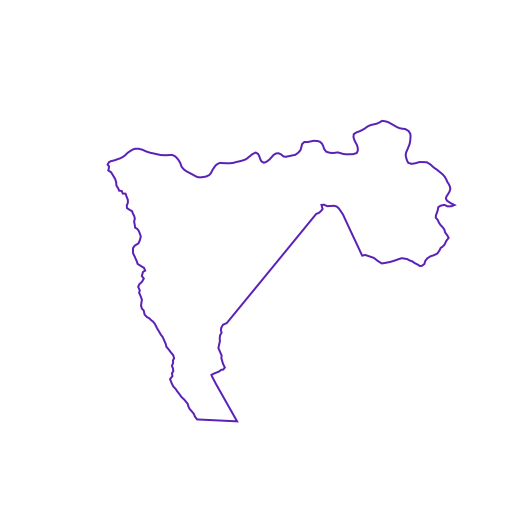 the district of Várzea Grande, Mato Grosso, Brazil, rotated 292°
{"feature_id": "56859067B85246185509081", "entity_name": "Várzea Grande", "entity_type": "district", "adm_level": 2, "iso_a3": "BRA", "parent_name": "Brazil", "parent_adm1": "Mato Grosso", "projection": "robinson", "projection_center": [-56.271, -15.559], "detail": "fine", "context": "isolated", "style": "outline", "palette": "violet", "viewbox_px": 512, "rotation_deg": 292, "n_neighbors": 0, "source": "geoboundaries", "source_scale": "gbopen_adm2", "svg_char_len": 4241}
<svg xmlns="http://www.w3.org/2000/svg" viewBox="0 0 512 512"><g transform="rotate(292 256 256)"><path d="M233.4,139.8L230.9,141.9L227.1,142.4L223.7,142.3L220.2,139.7L217.3,139.0L215.3,139.7L212.2,141.2L209.9,143.9L207.9,145.9L206.2,147.7L204.3,149.2L203.6,153.2L203.0,156.7L200.9,158.7L199.0,157.2L197.0,157.4L194.7,157.6L193.1,160.4L189.6,160.0L186.0,158.4L183.3,158.3L180.6,161.1L178.1,161.4L175.4,164.2L172.7,166.6L169.7,167.3L166.9,168.0L164.5,169.9L163.4,172.3L159.9,174.7L158.5,177.8L158.3,180.3L157.3,182.6L156.6,185.2L155.3,187.5L151.9,191.4L149.4,194.7L147.3,197.4L146.0,199.7L144.2,201.6L140.6,205.3L138.2,207.0L137.0,209.4L135.0,212.7L133.1,216.3L130.5,218.4L128.1,218.1L125.8,219.2L122.6,219.2L120.8,221.0L118.2,222.5L115.8,222.0L113.4,223.5L109.7,222.4L106.3,225.6L103.9,228.4L102.7,231.2L101.1,233.5L99.7,236.0L97.4,239.6L95.8,243.6L94.4,246.1L93.3,248.1L91.4,249.5L89.4,251.6L88.1,254.3L86.3,257.6L84.4,259.3L82.4,262.6L95.6,300.4L122.6,266.5L125.6,263.0L127.4,260.8L129.1,259.2L131.2,261.0L134.8,264.8L137.4,266.4L138.5,268.2L140.9,268.9L143.9,265.6L148.4,262.1L150.9,261.4L152.7,259.5L156.6,255.6L159.9,255.0L163.4,254.5L165.8,253.3L168.9,252.4L172.0,252.8L174.0,251.3L176.3,250.7L179.9,251.1L182.8,254.0L244.2,273.2L317.7,296.1L319.3,298.0L321.7,299.3L324.4,300.2L327.9,297.6L329.0,299.8L328.9,303.4L330.3,306.4L331.8,309.6L332.1,312.1L331.2,314.9L327.0,321.2L324.2,324.1L309.1,340.3L307.2,342.4L296.1,354.3L297.9,356.9L298.4,366.0L297.0,370.8L296.2,375.4L297.8,378.1L300.9,382.8L303.9,386.5L306.5,389.4L308.6,392.0L309.3,395.1L309.8,397.5L309.4,400.0L309.6,402.9L308.9,405.6L308.6,409.2L308.1,411.6L309.1,413.6L311.7,415.1L315.0,414.8L318.2,415.8L321.2,418.0L323.3,420.6L326.2,423.2L329.6,424.0L332.7,424.2L334.4,425.4L336.9,426.5L341.5,426.8L345.0,427.8L346.8,425.6L348.7,422.5L351.1,420.7L352.7,418.1L353.7,415.8L355.2,413.4L357.4,411.1L358.9,408.3L361.1,407.6L364.3,407.5L366.9,407.3L369.5,406.7L371.7,408.2L374.0,411.5L373.8,415.1L375.3,418.5L377.6,420.9L377.9,417.0L378.8,412.4L380.4,410.5L382.7,410.3L385.5,410.9L388.3,411.3L391.1,411.0L393.2,409.6L395.0,407.6L396.3,405.7L398.3,403.7L400.2,401.2L401.6,398.5L402.6,395.3L403.8,391.5L404.5,388.1L405.3,385.8L406.2,383.5L406.9,379.4L405.6,375.5L404.3,372.3L402.8,370.4L401.4,368.6L399.7,365.7L399.4,362.3L400.7,360.7L402.6,359.0L405.7,356.9L408.5,356.4L411.6,356.5L414.4,356.5L416.5,356.5L418.9,356.2L422.1,355.4L425.2,354.3L427.2,353.2L429.1,350.5L429.6,346.7L428.7,343.4L428.3,341.1L428.3,338.7L428.8,335.0L429.2,331.8L429.6,329.1L429.5,326.5L428.6,322.3L426.3,320.6L424.0,318.5L422.0,315.6L420.2,313.1L418.0,311.0L415.1,309.2L413.1,307.7L410.6,305.5L408.4,303.0L405.7,301.0L402.8,301.8L400.1,304.0L396.6,308.1L394.0,310.1L391.6,310.9L389.2,310.8L386.8,307.9L385.5,304.9L384.2,301.9L383.3,298.7L383.1,296.4L382.7,293.0L380.7,289.6L379.4,286.1L379.0,282.0L380.8,279.1L383.0,277.2L384.9,275.1L385.9,272.3L385.5,269.4L384.3,266.1L382.2,263.0L380.9,261.1L379.8,258.1L377.0,256.8L373.7,257.3L370.8,257.6L367.3,256.3L364.4,254.4L362.8,251.9L360.5,248.5L359.1,246.4L358.6,244.2L359.6,241.1L359.7,238.3L358.5,236.1L356.4,234.5L353.9,233.6L350.4,232.3L347.1,230.3L345.4,228.3L345.8,225.5L347.8,223.3L349.5,221.9L351.4,219.8L351.8,217.0L349.1,214.5L345.5,212.5L342.6,210.9L340.9,209.4L339.3,207.5L337.3,204.8L335.8,202.5L334.0,200.3L332.5,197.7L331.3,194.8L330.0,191.4L329.0,188.1L327.3,186.1L325.0,184.7L322.4,184.0L319.2,183.4L316.1,183.2L313.5,182.3L311.0,180.0L308.5,175.9L307.3,172.8L307.3,170.5L307.8,166.5L308.1,163.5L308.5,159.6L309.4,156.3L311.0,153.4L313.6,151.2L315.6,148.8L317.4,145.6L318.3,142.8L318.2,140.0L316.7,136.9L315.3,133.8L313.9,129.8L313.3,126.2L312.8,123.1L312.1,119.4L311.8,115.0L312.0,110.6L311.4,106.8L310.0,103.5L308.5,101.8L306.6,100.4L304.2,98.7L302.2,97.7L300.2,96.9L297.8,95.3L295.7,93.5L293.8,91.3L291.4,88.6L289.8,86.2L287.9,84.5L285.1,84.2L284.0,86.2L282.0,86.7L280.0,87.0L279.4,90.2L276.9,93.6L274.7,96.5L272.2,98.6L269.0,100.2L267.0,103.0L265.3,104.6L266.0,107.1L264.0,109.1L264.9,111.7L262.5,113.8L260.0,116.2L257.2,117.3L254.6,117.2L252.1,118.4L251.4,121.8L251.2,124.2L249.1,126.1L247.5,128.0L245.4,129.6L242.2,130.1L239.5,131.9L237.0,133.3L236.7,135.7L235.4,137.8L233.4,139.8Z" fill="none" stroke="#5b21b6" stroke-width="2"/></g></svg>